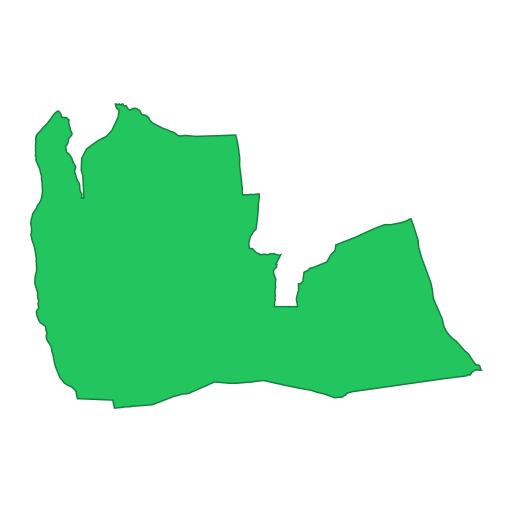 Kaskazini B, Kaskazini-Unguja, United Republic of Tanzania (Mercator projection)
{"feature_id": "72390352B15073652071238", "entity_name": "Kaskazini B", "entity_type": "district", "adm_level": 2, "iso_a3": "TZA", "parent_name": "United Republic of Tanzania", "parent_adm1": "Kaskazini-Unguja", "projection": "mercator", "projection_center": [39.266, -5.966], "detail": "fine", "context": "isolated", "style": "filled", "palette": "green", "viewbox_px": 512, "rotation_deg": 0, "n_neighbors": 0, "source": "geoboundaries", "source_scale": "gbopen_adm2", "svg_char_len": 5898}
<svg xmlns="http://www.w3.org/2000/svg" viewBox="0 0 512 512"><path d="M115.3,104.0L116.5,108.1L118.7,110.0L118.9,112.5L118.4,114.6L118.2,116.8L115.4,123.0L111.8,130.5L106.3,136.4L98.2,140.5L86.6,148.9L81.7,158.3L81.2,170.0L82.8,175.4L83.9,198.0L81.5,198.2L81.9,194.1L81.0,192.7L80.2,190.6L79.9,189.4L79.7,185.4L79.2,184.3L79.1,183.0L78.6,182.2L77.5,180.5L76.7,178.4L75.5,174.6L74.8,172.6L74.7,170.6L75.6,168.0L75.6,166.2L74.4,164.4L73.5,163.2L73.1,161.7L72.5,160.4L71.6,157.8L70.0,155.3L68.3,153.4L66.6,152.2L66.3,150.8L66.4,150.0L65.5,147.3L65.8,146.3L66.5,145.5L67.1,144.2L67.6,143.7L68.2,141.2L68.7,138.4L69.4,137.8L71.6,135.2L72.0,134.1L71.9,133.3L71.7,132.1L70.4,130.3L70.3,128.5L69.9,127.4L69.4,126.1L69.2,124.6L68.6,123.1L69.0,121.4L68.7,120.9L68.8,119.7L67.8,119.2L67.0,118.3L66.7,117.7L65.2,117.4L63.9,117.5L62.4,117.5L61.6,117.2L61.6,116.3L61.0,115.0L60.7,113.9L58.9,111.3L58.4,111.0L57.3,111.4L56.4,112.0L55.2,113.0L53.9,114.4L52.3,116.5L51.6,117.4L50.9,118.8L49.6,120.3L47.0,123.8L45.4,125.3L43.4,127.4L40.2,131.1L37.6,133.9L36.5,135.2L36.1,136.7L35.7,138.1L35.8,140.3L35.9,142.2L35.7,143.2L35.5,145.8L35.6,148.2L35.4,150.5L35.9,152.3L35.6,154.0L35.4,155.8L36.0,156.8L36.1,157.8L35.9,159.8L36.6,162.2L37.3,163.4L40.0,169.7L40.1,170.8L41.5,176.1L41.5,179.2L42.0,181.6L42.2,183.8L42.3,186.6L42.4,188.9L42.5,191.3L42.1,194.3L41.7,197.1L41.3,198.8L40.3,201.3L39.4,203.0L38.2,204.4L37.4,205.6L36.4,208.4L34.5,210.9L32.7,213.8L32.2,216.4L31.2,219.8L31.0,222.6L30.7,223.5L31.3,226.2L31.6,229.7L31.3,233.1L30.9,234.6L31.3,236.9L31.6,237.5L31.6,238.4L32.4,241.2L33.6,244.4L34.5,247.3L35.7,254.3L36.4,259.0L36.1,260.8L36.4,263.9L36.6,269.2L36.4,272.1L35.6,274.3L35.1,277.5L34.9,279.9L34.9,282.2L35.1,284.6L36.0,287.6L37.5,292.0L37.9,293.4L37.8,293.8L37.5,294.5L37.8,298.3L38.8,300.1L38.4,301.9L38.1,303.6L38.2,305.4L38.5,306.6L38.9,307.2L38.7,307.6L37.7,309.6L37.0,310.4L36.4,311.5L36.4,313.0L37.3,316.6L38.9,320.6L40.2,322.6L43.1,324.6L45.5,326.4L45.8,327.5L46.0,330.2L46.0,330.8L46.8,332.0L47.1,333.9L46.3,335.3L46.3,338.2L47.5,340.9L51.2,346.6L51.9,351.3L53.1,355.0L54.1,361.2L55.3,366.0L57.4,371.5L58.9,374.9L59.7,377.2L64.4,383.1L67.5,385.1L71.9,387.1L74.7,389.8L76.0,391.2L76.4,393.7L76.9,396.4L77.5,398.7L78.8,398.7L112.8,400.1L112.9,400.7L113.7,404.6L113.9,405.6L114.2,406.4L114.5,408.1L116.0,408.0L118.6,407.7L120.8,407.6L123.4,407.1L124.9,406.9L127.4,406.8L128.0,406.8L129.1,406.8L129.5,406.8L130.0,406.6L131.0,406.4L131.4,406.6L131.8,406.1L132.7,406.2L133.7,406.0L134.9,406.1L152.5,404.7L154.0,404.1L173.9,396.4L183.0,394.0L188.2,393.6L214.7,381.9L222.8,382.7L230.3,383.3L237.5,383.2L246.2,382.4L251.3,382.1L255.9,381.3L263.6,380.5L283.3,384.9L300.4,388.4L311.2,390.3L317.8,392.5L324.5,394.0L334.6,397.7L337.2,397.5L338.7,397.2L340.0,397.1L340.4,397.4L341.1,397.3L341.6,397.1L342.2,397.1L342.5,397.0L343.3,396.3L344.0,395.8L344.7,395.4L345.1,395.3L345.4,395.1L345.7,394.9L345.8,394.7L346.5,394.0L346.6,393.7L347.1,393.4L347.4,393.1L352.9,391.6L446.6,378.3L466.8,375.8L467.4,375.2L467.7,374.9L467.9,374.7L468.2,374.7L468.7,374.9L469.3,375.1L469.6,375.1L470.0,375.0L470.2,374.9L470.8,374.1L471.0,373.9L471.2,373.6L471.4,373.3L471.7,372.7L472.0,372.4L472.2,371.9L472.4,371.7L472.5,371.7L473.1,371.5L474.5,370.2L475.0,370.0L475.4,370.1L475.9,370.1L476.6,369.8L476.9,369.9L477.4,370.0L477.8,370.1L481.3,370.2L481.0,369.7L480.4,368.2L479.8,365.9L478.6,365.0L476.8,365.0L475.7,364.6L472.2,359.8L468.5,354.0L465.0,351.0L460.2,345.7L456.1,341.1L452.9,338.8L449.1,335.0L446.0,330.8L443.7,325.8L443.5,324.5L442.6,320.8L441.7,317.5L440.6,315.3L439.5,312.6L435.5,303.6L433.9,299.8L433.0,296.4L432.6,291.7L431.2,283.9L427.0,272.2L421.8,258.2L418.7,247.5L418.0,240.0L414.2,228.0L411.1,218.8L410.5,219.0L409.7,219.4L409.2,219.6L409.0,219.4L408.2,220.0L407.4,220.4L407.2,220.7L406.9,220.8L406.8,220.7L406.3,221.0L401.2,222.7L390.1,224.8L384.6,224.6L373.6,228.9L354.8,237.5L335.8,244.9L335.1,250.6L330.7,255.0L326.8,262.0L313.6,267.4L309.4,268.4L308.6,270.0L304.1,272.2L303.8,273.7L303.8,274.4L303.3,277.8L303.2,279.0L303.1,279.6L303.2,280.7L302.9,281.2L302.2,281.9L301.7,282.4L300.8,283.3L300.6,283.7L300.6,284.1L298.5,283.8L298.4,284.6L298.5,284.8L298.4,286.0L298.5,286.5L298.6,290.3L298.1,291.7L297.6,293.4L296.3,299.2L296.8,301.5L297.4,304.8L297.5,306.7L285.8,306.6L282.8,306.6L274.4,306.6L274.7,300.9L275.4,299.7L274.7,297.6L275.6,295.9L274.9,293.6L275.1,290.0L275.7,286.5L275.3,284.0L275.6,281.0L275.9,279.7L274.3,275.0L273.8,274.3L273.5,271.7L273.6,270.9L273.9,269.8L274.8,268.4L276.4,267.6L276.9,264.4L275.9,264.2L280.7,254.8L280.1,255.1L279.8,255.2L279.5,255.3L278.3,255.0L277.8,255.1L274.9,254.1L274.3,253.6L274.0,253.5L273.7,253.7L273.1,253.9L272.1,253.7L269.9,253.7L269.4,254.1L268.5,254.6L267.6,254.8L266.5,254.7L265.4,254.2L264.6,254.2L263.0,254.4L262.0,254.5L261.4,254.6L261.0,254.7L259.8,254.7L259.4,253.9L258.5,253.4L257.7,253.5L256.1,252.4L254.8,251.2L252.5,248.6L250.7,248.5L249.5,248.5L248.7,244.4L249.5,240.1L250.4,236.4L252.3,234.0L253.3,231.6L254.5,230.6L255.2,229.9L256.1,229.0L258.1,211.5L258.3,204.1L259.4,197.1L259.2,193.9L256.3,194.2L253.8,194.6L250.0,194.4L247.0,194.9L242.9,194.9L242.4,193.9L242.3,192.1L242.3,189.5L242.3,187.3L242.0,186.3L241.8,185.0L241.7,184.0L241.6,181.6L239.6,165.4L239.7,157.4L238.9,152.3L238.7,149.5L237.2,141.1L236.9,139.9L236.3,137.4L235.7,135.0L215.2,135.8L207.5,136.0L195.8,136.4L184.7,135.4L183.8,135.6L180.2,136.0L177.7,135.5L175.3,133.3L174.1,132.6L173.3,132.3L173.0,132.1L170.7,131.4L166.5,129.6L162.2,128.0L152.4,122.9L149.8,120.1L148.8,117.9L146.5,115.7L144.5,115.0L142.6,114.7L141.4,114.1L140.3,111.4L139.6,110.4L137.1,108.9L135.3,108.3L132.9,108.4L129.8,110.2L128.1,108.9L127.3,107.5L126.0,105.6L125.0,106.0L124.1,106.0L123.6,105.6L123.2,105.0L123.2,104.4L123.0,104.0L122.4,103.9L121.9,104.3L120.4,104.9L119.9,104.3L119.3,104.0L118.3,104.4L117.0,104.5L116.4,104.0L115.3,104.0Z" fill="#22c55e" stroke="#15803d" stroke-width="1.5"/></svg>